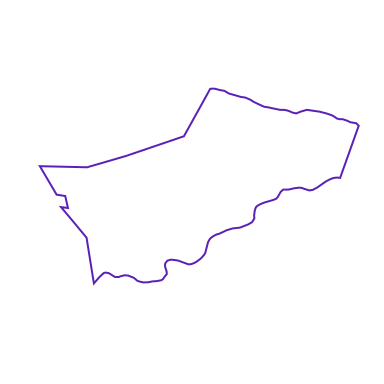 Dirceu Arcoverde, Piauí, Brazil (Mercator projection), rotated 9°
{"feature_id": "56859067B92104285124562", "entity_name": "Dirceu Arcoverde", "entity_type": "district", "adm_level": 2, "iso_a3": "BRA", "parent_name": "Brazil", "parent_adm1": "Piauí", "projection": "mercator", "projection_center": [-42.417, -9.344], "detail": "fine", "context": "isolated", "style": "outline", "palette": "violet", "viewbox_px": 384, "rotation_deg": 9, "n_neighbors": 0, "source": "geoboundaries", "source_scale": "gbopen_adm2", "svg_char_len": 1731}
<svg xmlns="http://www.w3.org/2000/svg" viewBox="0 0 384 384"><g transform="rotate(9 192 192)"><path d="M272.9,96.5L269.8,96.5L266.3,97.1L264.2,97.0L262.2,96.9L260.2,96.8L257.5,96.7L255.1,96.5L250.2,96.5L248.2,96.1L238.7,93.3L235.7,91.9L230.1,90.4L227.6,90.4L225.7,90.5L222.7,90.1L216.8,89.4L213.3,89.0L210.6,88.0L208.2,87.0L205.8,87.0L203.1,86.9L198.3,86.4L195.5,86.8L193.8,87.3L189.6,99.0L175.3,138.2L121.2,166.7L84.5,184.0L37.7,190.3L56.7,213.4L58.7,215.8L67.4,215.8L72.0,227.2L65.0,227.4L74.6,235.7L80.1,240.5L95.0,253.6L106.1,287.6L109.4,297.6L114.0,290.3L115.9,287.9L117.7,285.7L119.4,285.1L122.7,285.2L129.2,288.0L132.9,287.4L135.2,286.1L138.5,284.8L142.0,284.5L148.1,285.9L152.0,288.3L154.8,288.7L158.2,288.9L160.7,288.4L162.6,288.1L167.2,286.4L171.3,285.5L175.6,283.9L177.1,282.3L178.4,279.6L179.9,277.1L179.5,274.7L177.5,270.8L176.7,268.5L176.8,266.6L178.4,263.7L181.8,262.1L185.4,261.9L189.0,261.9L199.7,264.0L202.4,263.4L205.1,261.9L207.2,260.3L210.4,257.1L211.7,255.5L213.8,252.1L214.6,250.3L215.7,239.0L216.8,236.0L217.8,234.4L220.5,231.8L223.3,229.9L225.4,229.0L232.3,224.3L237.9,221.6L244.9,219.7L252.6,215.2L256.0,212.4L257.7,208.5L257.0,205.3L256.9,200.4L257.5,197.1L258.6,195.5L261.7,193.1L265.3,191.0L274.0,186.9L276.3,185.4L277.5,183.5L279.6,177.9L281.8,175.3L284.0,175.0L286.7,174.6L292.5,172.3L297.4,170.9L299.9,170.8L301.7,171.2L307.6,172.1L310.8,171.1L315.1,167.9L316.8,166.2L322.4,160.8L325.7,158.3L328.8,156.4L331.2,155.5L333.5,155.0L336.1,154.9L346.3,100.5L343.5,98.4L337.4,98.3L334.1,97.3L329.1,96.5L326.7,97.0L323.8,96.8L319.1,94.6L314.1,93.6L311.7,93.3L305.4,92.7L292.6,92.9L287.4,95.3L284.9,96.7L282.6,98.1L278.6,97.8L276.2,97.1L272.9,96.5Z" fill="none" stroke="#5b21b6" stroke-width="2"/></g></svg>